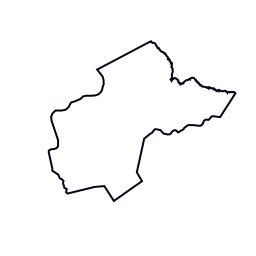 Ngchesechang, Airai, Palau, rotated 303°
{"feature_id": "81905179B88239301587184", "entity_name": "Ngchesechang", "entity_type": "district", "adm_level": 2, "iso_a3": "PLW", "parent_name": "Palau", "parent_adm1": "Airai", "projection": "albers", "projection_center": [134.583, 7.399], "detail": "fine", "context": "isolated", "style": "outline", "palette": "ink", "viewbox_px": 256, "rotation_deg": 303, "n_neighbors": 0, "source": "geoboundaries", "source_scale": "gbopen_adm2", "svg_char_len": 5652}
<svg xmlns="http://www.w3.org/2000/svg" viewBox="0 0 256 256"><g transform="rotate(303 128 128)"><path d="M40.0,112.9L60.4,132.1L66.4,139.8L59.1,155.9L76.7,162.9L91.0,168.7L95.7,159.5L127.9,147.4L135.1,149.7L136.8,150.7L141.3,151.1L142.3,152.1L143.1,154.3L144.0,156.6L143.4,158.0L143.2,158.7L142.7,160.7L143.5,162.9L144.1,164.6L145.0,165.9L145.9,166.8L149.5,167.1L150.3,167.4L151.8,168.5L152.1,170.0L151.6,172.4L152.5,173.1L154.5,173.7L155.8,174.7L157.2,175.2L158.4,175.1L159.7,175.5L162.6,176.5L163.3,177.2L164.1,178.2L165.6,180.5L168.6,186.4L169.2,187.3L169.8,187.9L170.9,188.1L171.9,188.4L172.7,188.5L173.6,188.0L174.8,187.9L175.6,187.8L176.9,188.4L177.7,189.0L178.6,191.1L179.4,191.3L183.0,191.8L183.9,192.3L187.3,199.3L215.7,199.2L215.8,198.8L215.8,198.0L216.0,197.7L215.9,197.4L215.7,197.0L215.5,196.9L215.5,196.6L215.1,196.0L214.9,195.8L214.6,195.7L214.5,194.9L214.4,194.8L214.3,194.6L214.0,194.4L213.8,194.3L213.7,194.2L213.3,193.7L213.1,193.6L213.1,193.2L213.0,192.9L212.8,192.8L212.8,192.6L212.8,192.4L212.7,192.1L212.4,191.8L212.1,191.9L212.3,191.6L212.2,191.3L212.1,191.2L211.7,191.0L211.7,190.9L211.9,190.7L212.2,190.1L212.0,189.7L212.1,189.3L211.9,189.0L211.8,188.6L211.5,188.3L210.7,187.8L210.5,187.5L210.3,187.2L210.2,186.8L209.9,186.2L209.7,186.0L209.4,185.6L209.2,185.4L209.5,185.2L209.6,184.6L209.6,183.8L209.3,183.5L209.1,183.0L208.7,182.9L208.3,183.3L208.1,183.4L208.1,183.1L207.9,183.1L207.8,182.8L207.8,182.3L207.6,182.2L207.9,182.0L207.8,181.7L207.6,181.6L207.5,181.2L207.3,181.0L207.4,180.8L207.6,180.5L207.8,180.3L207.6,179.9L207.7,179.6L207.5,179.4L207.9,179.2L208.1,178.9L207.9,178.1L207.5,178.0L207.3,178.0L207.5,177.7L207.3,177.3L207.1,176.9L206.9,176.3L206.8,175.9L206.7,175.3L206.4,175.2L206.6,175.0L206.7,174.7L206.3,174.5L206.4,174.4L206.1,174.1L205.8,174.1L206.0,173.9L205.9,173.2L205.6,173.0L205.7,172.9L205.4,172.7L205.2,172.7L204.9,172.8L204.8,172.5L205.1,172.4L205.1,172.2L204.9,172.0L204.8,171.2L204.6,170.7L204.3,170.1L204.1,169.7L204.0,169.2L203.8,168.6L203.5,168.0L203.2,167.8L203.4,167.3L203.5,166.7L203.7,166.2L203.5,165.1L203.4,165.1L203.6,164.8L203.6,164.5L203.4,164.3L203.4,164.0L203.8,163.8L204.2,163.1L204.2,162.3L204.0,162.1L204.3,161.6L204.5,161.3L204.3,161.1L204.5,161.0L204.6,160.8L204.6,160.6L204.7,160.1L204.7,159.7L204.9,159.4L204.7,159.1L205.1,158.9L205.2,157.9L205.3,157.7L205.5,157.4L205.8,156.1L205.6,155.2L205.3,154.7L205.0,154.3L204.7,154.0L204.3,153.8L203.9,153.6L203.5,153.5L203.2,153.5L202.9,153.6L203.0,153.3L202.9,153.1L202.7,152.9L202.4,152.9L202.3,152.7L202.1,152.6L201.8,152.6L201.7,152.4L201.2,152.3L201.1,152.0L200.8,151.8L200.2,151.2L199.9,151.0L199.7,150.8L199.2,150.7L198.5,150.3L198.0,150.2L197.2,150.0L196.5,149.8L196.3,149.7L196.1,149.7L195.8,149.7L195.5,149.9L195.4,150.1L195.2,150.0L195.1,149.9L195.0,149.6L194.9,149.3L194.7,149.2L194.4,148.9L194.3,148.7L194.2,148.7L194.3,148.4L194.2,148.2L194.1,147.9L193.5,147.9L194.0,147.4L194.2,147.2L194.2,146.9L194.1,146.6L193.9,146.4L193.7,146.4L193.8,146.1L193.7,145.9L193.9,145.5L194.1,144.9L194.5,144.7L195.0,144.5L195.3,144.1L195.3,143.5L195.4,143.3L195.5,143.0L195.7,142.5L195.7,142.0L195.6,141.5L195.5,141.3L195.6,141.0L195.6,140.7L195.4,140.0L195.1,139.8L194.8,139.6L194.6,139.5L194.3,139.4L193.9,139.3L193.5,139.2L193.3,139.1L193.0,138.9L192.6,138.9L192.3,138.7L192.1,138.9L192.0,139.1L191.9,139.3L191.9,139.0L191.8,138.8L191.5,138.8L191.6,138.7L191.8,138.5L191.8,138.3L191.7,138.1L191.8,138.0L191.7,137.9L191.7,137.7L191.9,137.3L192.1,137.4L192.4,137.5L192.7,137.4L193.3,137.4L194.1,137.4L194.4,137.4L194.7,137.2L194.9,137.1L195.4,136.6L196.0,136.2L196.2,135.9L196.7,135.7L197.5,135.4L198.2,135.2L198.9,135.1L199.2,135.0L199.6,134.8L200.0,134.7L200.4,134.2L200.6,133.9L200.8,133.8L201.0,133.7L201.6,133.5L201.9,133.2L202.1,133.0L202.3,132.7L202.3,132.3L202.6,132.1L202.7,131.8L202.9,131.6L203.0,131.4L203.0,131.2L203.3,131.3L203.4,131.1L203.6,131.0L204.0,130.8L204.6,130.6L205.1,130.3L205.5,130.0L205.5,129.9L205.9,129.7L205.6,129.2L206.1,129.2L206.4,129.3L206.5,129.1L206.6,128.8L206.6,128.5L206.5,128.3L206.2,128.1L206.5,127.8L206.8,127.4L207.0,126.8L206.9,126.3L207.1,126.0L207.6,125.8L207.9,125.6L208.1,125.2L208.3,124.8L208.1,124.5L207.8,124.3L207.6,124.3L207.4,124.0L207.6,123.9L207.9,124.1L208.1,123.9L208.3,123.6L208.4,123.4L208.5,123.3L208.9,123.0L209.1,122.8L209.1,122.4L209.3,122.1L209.3,121.2L209.7,120.7L209.7,120.3L209.9,120.1L210.1,119.8L210.5,119.4L210.7,119.0L210.7,118.8L210.7,118.5L210.5,118.2L210.2,118.1L210.2,117.9L210.7,117.6L210.8,116.9L210.7,116.5L210.7,115.7L210.6,115.4L210.3,115.2L210.2,114.8L210.4,114.3L210.4,114.0L210.4,113.8L210.5,113.5L210.6,112.9L210.7,112.4L210.8,112.0L210.9,111.7L211.1,111.6L211.3,111.4L211.6,111.1L211.5,110.7L211.8,110.2L211.8,109.8L211.6,109.6L211.3,109.4L211.5,109.2L211.4,108.8L211.5,108.7L212.0,108.3L212.1,108.0L212.3,107.2L212.5,106.7L212.8,106.3L212.8,106.1L213.0,105.9L213.3,105.7L213.4,105.2L213.5,104.8L213.6,104.6L213.6,103.9L213.5,103.3L213.4,102.9L213.2,102.7L212.9,102.4L212.7,102.2L212.8,101.4L212.7,101.1L212.6,100.8L212.7,100.7L212.9,100.7L213.1,100.6L213.2,100.4L213.2,100.1L213.2,99.9L160.2,70.3L157.4,78.5L154.9,81.4L151.6,83.7L147.8,84.7L145.5,85.6L142.6,85.6L139.8,84.6L137.6,82.9L135.3,80.0L132.4,75.5L130.1,73.2L127.0,72.5L124.3,70.9L123.9,70.6L121.1,68.7L118.5,66.4L116.0,66.5L113.4,66.8L110.8,66.2L109.2,65.6L106.3,62.6L103.4,58.0L103.2,57.7L98.9,56.7L95.5,57.5L92.6,59.8L79.8,75.9L74.6,79.3L71.9,78.9L69.8,77.1L68.5,75.3L67.3,74.5L65.9,73.9L64.3,74.9L52.8,86.6L51.0,87.7L50.9,94.9L48.7,98.1L48.9,100.1L48.6,102.6L46.1,103.7L44.7,105.7L43.2,107.1L43.4,109.9L40.5,111.0L40.0,112.9Z" fill="none" stroke="#020617" stroke-width="2"/></g></svg>